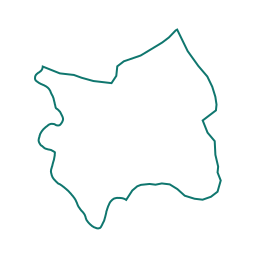 Chosan, Chagang-do, North Korea, rotated 276°
{"feature_id": "82179303B68159150924260", "entity_name": "Chosan", "entity_type": "district", "adm_level": 2, "iso_a3": "PRK", "parent_name": "North Korea", "parent_adm1": "Chagang-do", "projection": "natural_earth1", "projection_center": [125.757, 40.773], "detail": "fine", "context": "isolated", "style": "outline", "palette": "teal", "viewbox_px": 256, "rotation_deg": 276, "n_neighbors": 0, "source": "geoboundaries", "source_scale": "gbopen_adm2", "svg_char_len": 5484}
<svg xmlns="http://www.w3.org/2000/svg" viewBox="0 0 256 256"><g transform="rotate(276 128 128)"><path d="M56.3,133.7L66.3,138.8L71.0,143.3L72.8,146.8L74.6,155.3L74.5,161.3L76.4,167.4L76.3,175.4L72.4,183.5L66.6,191.5L64.6,201.6L64.5,209.7L68.3,217.7L74.0,223.7L85.5,225.7L93.2,221.7L99.0,221.7L110.5,217.7L124.0,215.6L131.7,207.6L143.3,201.5L154.7,213.6L160.5,213.6L168.2,211.6L177.8,207.5L187.5,201.5L197.1,191.4L210.7,179.3L231.0,166.6L230.0,165.2L222.3,159.2L216.6,153.1L209.0,143.1L201.4,133.0L193.9,116.9L188.2,110.9L178.6,110.9L170.9,106.9L171.1,88.7L173.1,76.7L175.1,68.6L175.2,54.5L180.2,36.8L179.5,36.8L179.0,36.7L178.6,36.7L178.1,36.6L177.6,36.5L177.2,36.3L176.8,36.1L176.5,36.0L176.2,35.8L175.8,35.5L175.4,35.2L175.1,34.8L174.7,34.4L174.3,34.1L174.0,33.7L173.8,33.4L173.5,32.9L173.1,32.6L172.7,32.2L172.4,31.8L172.1,31.6L171.7,31.3L171.4,31.0L171.0,30.8L170.6,30.7L170.2,30.5L169.9,30.4L169.5,30.3L169.1,30.3L168.7,30.3L168.2,30.3L167.7,30.3L167.3,30.4L166.9,30.5L166.6,30.6L166.3,30.8L166.0,31.0L165.7,31.2L165.5,31.5L165.3,31.7L165.1,32.0L164.9,32.3L164.7,32.7L164.4,33.2L164.1,33.8L163.6,34.6L163.4,35.1L163.2,35.7L162.9,36.2L162.7,36.8L162.6,37.2L162.5,37.6L162.3,38.1L162.1,38.6L162.0,39.1L161.8,39.8L161.5,40.5L161.2,41.2L160.9,42.0L160.5,42.7L160.1,43.4L159.8,43.9L159.4,44.4L158.9,45.0L158.4,45.5L157.8,46.0L157.2,46.4L156.6,46.9L156.1,47.1L155.5,47.4L154.8,47.8L154.2,48.1L153.7,48.5L153.0,48.9L152.5,49.3L151.9,49.7L151.4,50.0L150.9,50.2L150.2,50.6L149.6,50.9L148.9,51.1L148.3,51.3L147.7,51.5L147.3,51.7L146.6,51.9L146.1,52.1L145.6,52.3L144.9,52.5L144.2,52.7L143.6,53.0L142.9,53.2L142.3,53.4L141.8,53.6L141.3,53.7L140.9,53.9L140.5,54.1L140.2,54.3L140.0,54.6L139.7,55.0L139.5,55.5L139.3,55.9L139.0,56.3L138.7,56.7L138.5,57.0L138.2,57.3L137.9,57.6L137.6,58.0L137.3,58.4L136.9,58.8L136.4,59.1L136.0,59.4L135.5,59.7L135.0,60.0L134.6,60.3L134.3,60.5L133.9,60.7L133.0,61.3L132.5,61.6L131.9,61.9L131.4,62.1L130.9,62.3L130.4,62.4L130.0,62.5L129.7,62.5L128.8,62.4L128.4,62.3L128.1,62.2L127.7,62.1L127.3,62.0L126.9,61.8L126.4,61.6L125.9,61.3L124.9,60.7L124.7,60.6L124.3,60.3L124.1,60.1L123.8,59.8L123.6,59.5L123.4,59.0L123.3,58.6L123.2,58.1L123.2,57.6L123.2,56.9L123.3,56.4L123.4,56.0L123.5,55.7L123.7,55.4L123.9,55.0L124.1,54.4L124.2,54.0L124.2,53.6L124.2,53.1L124.2,52.5L124.2,51.9L124.1,51.3L124.0,50.8L123.8,50.3L123.5,49.8L123.2,49.2L122.9,48.8L122.5,48.3L122.0,47.9L121.6,47.5L121.2,47.1L120.8,46.6L120.4,46.2L119.9,45.7L119.5,45.4L119.1,45.0L118.7,44.7L118.3,44.3L117.8,43.9L117.3,43.6L116.9,43.3L116.5,43.1L116.1,42.8L115.7,42.6L115.2,42.3L114.5,42.0L113.8,41.7L112.9,41.3L112.3,41.2L111.8,41.1L111.1,40.9L110.5,40.9L109.9,40.8L109.3,40.7L108.7,40.5L108.2,40.5L107.6,40.4L106.4,40.4L105.8,40.5L105.3,40.7L104.8,40.9L104.2,41.2L103.8,41.5L103.4,41.7L103.0,42.1L102.5,42.4L102.0,42.9L101.7,43.2L101.5,43.5L101.3,43.9L101.2,44.3L100.9,44.7L100.7,45.0L100.4,45.4L100.1,45.9L99.8,46.2L99.6,46.6L99.3,47.0L99.1,47.5L98.9,47.9L98.8,48.4L98.7,49.0L98.6,49.6L98.5,50.0L98.4,50.6L98.3,51.2L98.3,52.0L98.2,52.6L98.1,53.5L98.0,54.0L97.7,54.6L97.5,55.1L97.2,55.7L97.1,56.2L96.9,56.5L96.7,56.9L96.5,57.4L96.3,57.7L95.8,57.9L95.3,57.9L93.9,57.9L93.1,58.0L92.3,57.9L91.7,57.9L91.1,57.8L90.4,57.8L89.7,57.7L89.0,57.7L87.9,57.5L87.5,57.4L86.9,57.3L86.4,57.2L85.8,57.1L85.2,57.0L84.6,56.9L83.9,56.8L83.0,56.7L82.2,56.6L81.5,56.4L80.9,56.3L80.3,56.2L79.6,56.1L78.9,55.9L78.4,55.9L77.8,55.9L77.2,55.9L76.6,55.9L76.0,56.1L75.5,56.2L74.9,56.4L74.5,56.6L73.9,56.8L73.3,57.0L72.8,57.2L72.3,57.5L71.8,57.8L71.3,58.0L70.9,58.3L70.5,58.6L70.1,59.0L69.7,59.3L69.3,59.7L69.0,60.0L68.7,60.4L68.4,60.8L68.0,61.2L67.6,61.6L67.3,62.0L67.1,62.3L66.8,62.6L66.6,62.9L66.3,63.3L66.0,63.7L65.7,64.0L65.5,64.4L65.3,64.9L65.2,65.2L65.1,65.7L64.9,66.2L64.6,66.7L64.3,67.3L64.0,67.9L63.7,68.4L63.4,68.9L63.0,69.5L62.7,70.0L62.4,70.6L61.9,71.2L61.5,71.9L61.1,72.4L60.8,72.9L60.5,73.4L60.1,73.8L59.8,74.3L59.5,74.8L59.2,75.1L58.8,75.6L58.4,76.1L57.6,76.9L57.1,77.6L56.6,78.1L56.1,78.6L55.6,79.1L55.1,79.6L54.7,80.1L54.2,80.6L53.6,81.1L53.2,81.5L52.7,82.0L52.1,82.4L51.6,82.9L51.1,83.2L50.6,83.6L50.0,83.9L49.3,84.3L48.7,84.7L48.0,85.1L47.3,85.4L46.2,86.0L45.6,86.3L45.2,86.6L44.6,87.0L44.2,87.3L43.8,87.7L43.3,88.1L42.8,88.6L42.3,88.9L41.9,89.4L41.3,89.9L40.8,90.4L40.4,91.0L39.9,91.5L39.5,92.0L39.1,92.4L38.6,92.8L38.2,93.2L37.7,93.6L37.2,94.0L36.6,94.3L36.0,94.6L35.5,94.9L35.0,95.1L34.3,95.3L33.7,95.6L33.1,95.9L32.6,96.1L32.0,96.5L31.6,96.9L31.1,97.3L30.6,97.8L30.1,98.2L29.7,98.7L29.2,99.2L28.9,99.6L28.6,100.0L28.2,100.4L27.9,100.9L27.5,101.5L27.2,101.9L26.9,102.3L26.6,102.8L26.4,103.3L26.2,103.7L25.9,104.2L25.7,104.8L25.6,105.4L25.4,105.9L25.3,106.3L25.2,106.9L25.0,107.5L25.0,108.0L25.0,108.8L25.2,109.4L25.4,109.9L25.6,110.5L25.9,110.8L26.3,111.1L26.7,111.4L27.2,111.6L27.7,111.8L28.4,112.1L29.1,112.4L30.1,112.7L30.9,113.0L31.6,113.3L32.5,113.6L33.2,113.9L33.6,114.0L34.4,114.1L35.3,114.3L36.2,114.4L37.1,114.6L37.9,114.7L38.6,114.8L39.3,114.9L40.0,115.0L41.5,115.2L42.3,115.2L43.0,115.3L43.8,115.5L44.7,115.7L45.4,115.8L46.2,116.0L47.1,116.2L47.9,116.4L48.3,116.5L48.8,116.7L49.4,116.9L50.0,117.1L50.7,117.3L51.3,117.5L51.9,117.8L52.6,118.1L53.2,118.5L53.6,118.8L54.1,119.2L54.6,119.6L55.1,120.0L55.6,120.6L56.0,121.1L56.5,121.7L56.7,122.4L57.0,123.2L57.2,123.7L57.3,124.2L57.4,124.8L57.4,125.5L57.5,126.2L57.6,126.9L57.6,127.5L57.6,128.7L57.6,129.4L57.5,130.1L57.4,130.8L57.3,131.3L57.1,131.8L57.0,132.3L56.8,132.8L56.5,133.3L56.3,133.7Z" fill="none" stroke="#0f766e" stroke-width="2"/></g></svg>